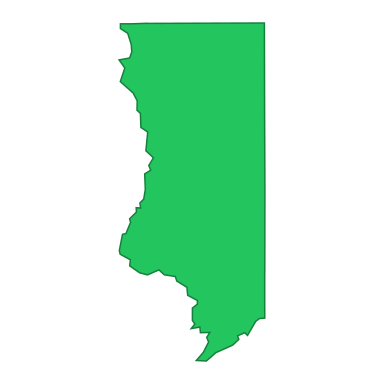 Rich, Utah, United States of America
{"feature_id": "52423323B55148108607943", "entity_name": "Rich", "entity_type": "district", "adm_level": 2, "iso_a3": "USA", "parent_name": "United States of America", "parent_adm1": "Utah", "projection": "natural_earth1", "projection_center": [-111.327, 41.572], "detail": "fine", "context": "isolated", "style": "filled", "palette": "green", "viewbox_px": 384, "rotation_deg": 0, "n_neighbors": 0, "source": "geoboundaries", "source_scale": "gbopen_adm2", "svg_char_len": 1052}
<svg xmlns="http://www.w3.org/2000/svg" viewBox="0 0 384 384"><path d="M264.9,188.9L264.6,110.3L264.4,23.0L149.1,23.4L147.5,23.3L146.1,23.3L131.8,23.8L120.6,23.8L120.4,23.8L120.4,28.6L127.7,33.3L131.2,44.3L131.8,51.9L129.6,58.0L119.1,59.9L124.8,68.0L120.3,81.6L133.1,93.0L137.2,100.8L137.0,110.3L140.4,113.4L140.9,127.5L147.7,132.0L145.9,150.8L153.4,157.8L148.8,165.5L150.7,170.2L144.7,173.8L145.3,189.5L143.7,199.2L139.9,202.9L140.6,208.0L136.2,207.7L136.4,212.1L129.6,218.8L130.6,222.3L125.9,233.6L122.5,234.3L119.3,250.6L120.2,254.3L130.4,259.8L129.7,265.9L139.6,272.8L147.5,274.9L158.9,269.9L164.3,274.8L175.3,276.5L176.8,281.1L186.9,287.3L187.7,295.4L197.3,300.4L197.4,304.2L192.4,308.0L192.4,320.4L194.8,324.0L191.2,328.6L199.9,327.1L200.4,332.7L209.8,332.5L206.7,337.4L208.6,342.0L203.3,352.4L196.3,360.5L206.4,361.0L215.8,352.7L232.7,345.1L238.8,339.4L237.6,335.8L244.8,332.7L247.5,335.4L255.7,321.4L259.3,318.6L264.8,318.1L264.7,304.7L264.7,275.2L264.8,268.5L264.9,194.5L264.9,188.9Z" fill="#22c55e" stroke="#15803d" stroke-width="1.5"/></svg>